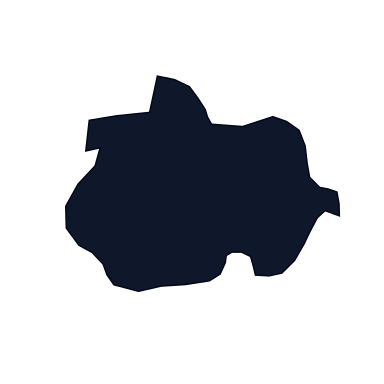 the District of Saatlı, rotated 144°
{"feature_id": "AZE-1713", "entity_name": "Saatlı", "entity_type": "District", "adm_level": 1, "iso_a3": "AZE", "parent_name": "Azerbaijan", "parent_adm1": "", "projection": "robinson", "projection_center": [48.434, 39.807], "detail": "fine", "context": "isolated", "style": "filled", "palette": "ink", "viewbox_px": 384, "rotation_deg": 144, "n_neighbors": 0, "source": "natural_earth", "source_scale": "10m", "svg_char_len": 783}
<svg xmlns="http://www.w3.org/2000/svg" viewBox="0 0 384 384"><g transform="rotate(144 192 192)"><path d="M167.0,73.6L179.0,78.9L189.5,87.5L186.0,95.9L182.5,105.4L187.4,114.4L195.1,119.9L201.6,120.5L206.6,115.3L217.4,109.1L230.0,109.9L251.7,121.0L272.4,134.1L293.6,143.1L309.7,162.8L309.5,174.8L306.3,185.9L308.3,201.7L314.8,215.4L314.9,236.7L302.5,254.7L279.4,265.4L255.0,270.1L240.3,281.8L253.8,287.6L233.0,310.4L207.9,297.8L179.5,281.3L151.9,306.1L140.0,293.1L132.2,278.6L132.1,264.8L132.8,251.0L135.4,243.6L136.4,235.4L112.6,215.2L82.3,205.4L74.0,193.4L69.1,179.0L73.4,162.7L81.7,148.1L88.2,134.8L86.0,120.7L79.8,114.0L74.8,106.8L79.9,96.2L86.8,86.1L95.3,98.7L105.8,97.5L119.1,91.0L132.3,83.9L149.4,76.3L167.0,73.6Z" fill="#0f172a" stroke="#020617" stroke-width="1.5"/></g></svg>